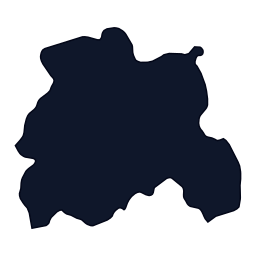 Laoighis, orthographic projection
{"feature_id": "IRL-723", "entity_name": "Laoighis", "entity_type": "County", "adm_level": 1, "iso_a3": "IRL", "parent_name": "Ireland", "parent_adm1": "", "projection": "orthographic", "projection_center": [-7.345, 52.994], "detail": "fine", "context": "isolated", "style": "filled", "palette": "ink", "viewbox_px": 256, "rotation_deg": 0, "n_neighbors": 0, "source": "natural_earth", "source_scale": "10m", "svg_char_len": 2700}
<svg xmlns="http://www.w3.org/2000/svg" viewBox="0 0 256 256"><path d="M240.6,179.0L240.0,185.3L240.3,197.4L240.2,199.2L238.9,206.9L236.9,208.8L233.7,210.6L215.8,216.2L207.9,222.0L205.2,218.7L203.8,215.8L203.2,214.3L201.9,211.6L201.0,210.2L200.0,209.1L198.6,208.2L190.2,206.3L188.5,205.1L187.3,203.7L185.9,201.0L184.2,198.3L183.7,196.8L183.6,194.9L183.8,190.9L183.5,189.1L183.0,187.7L182.1,186.5L172.5,178.6L171.2,177.7L169.2,177.6L166.7,178.3L154.3,187.6L153.9,189.1L153.2,192.6L152.4,194.2L151.0,195.1L149.1,195.5L146.0,194.7L141.0,192.2L139.3,191.9L137.2,192.4L134.9,193.6L131.6,196.4L130.0,198.4L128.8,200.1L127.3,203.0L125.6,207.7L124.9,209.0L124.0,209.7L122.4,208.5L120.8,207.8L118.7,207.9L115.5,210.4L113.9,212.3L112.8,214.3L112.3,215.9L110.4,217.9L107.2,220.0L92.9,225.7L90.8,225.6L87.3,224.3L85.5,223.1L81.9,219.9L80.7,219.3L76.7,218.1L71.1,215.2L66.6,213.9L64.5,212.5L63.0,211.1L62.0,210.0L59.8,210.2L56.9,211.8L51.2,217.4L49.6,220.4L48.9,222.9L47.6,224.4L46.0,225.5L32.0,228.2L29.3,212.9L27.3,207.9L24.8,205.1L23.1,202.8L20.4,198.5L19.6,195.7L19.5,193.5L20.9,188.5L21.2,183.0L21.7,180.0L22.5,177.8L25.6,171.9L26.4,170.7L28.6,168.6L33.6,164.9L34.7,163.5L35.6,161.6L35.4,159.9L34.4,158.9L32.8,158.3L25.2,157.0L23.6,156.3L21.1,154.6L20.0,153.5L18.3,151.0L15.4,145.6L20.0,140.4L22.4,137.2L23.2,135.8L23.7,134.1L24.1,132.4L24.8,125.4L26.4,119.0L27.7,115.9L28.6,114.5L29.5,113.4L34.1,109.6L35.2,108.4L36.1,107.2L36.8,105.7L37.9,102.3L38.6,100.9L39.5,99.6L40.7,98.4L47.7,93.1L49.9,90.8L50.6,89.2L51.1,87.6L51.8,86.1L53.4,83.3L53.9,81.8L54.1,80.2L53.6,78.8L52.9,77.8L50.9,75.6L43.0,64.0L41.6,61.2L41.1,59.7L40.7,58.1L40.6,56.3L40.9,54.5L41.3,52.8L42.0,51.2L42.9,49.9L44.9,48.6L82.3,36.9L84.7,36.8L88.0,37.2L97.3,39.8L99.7,39.9L101.0,38.5L101.7,37.0L102.1,34.4L102.5,33.0L103.2,31.7L104.1,30.5L107.0,28.9L114.2,27.8L116.3,28.0L118.8,28.6L122.6,30.9L124.5,32.6L125.8,34.3L132.0,44.9L132.4,46.6L132.7,52.4L133.1,54.2L133.6,55.8L134.9,58.7L135.6,60.1L137.5,61.3L140.5,62.4L147.7,62.3L152.6,61.2L161.5,56.6L163.9,54.8L169.2,53.5L181.6,53.9L184.8,54.8L188.9,53.6L194.6,46.9L200.1,47.2L201.5,48.2L202.9,50.2L203.1,52.1L202.7,53.8L201.7,54.9L200.4,55.4L199.0,55.4L197.6,55.6L196.6,56.8L195.9,58.2L195.0,61.3L195.0,63.1L195.2,64.3L197.0,66.2L201.0,73.4L205.1,84.6L206.5,91.1L207.5,98.9L207.5,104.9L207.2,106.0L206.5,107.7L205.6,109.0L200.7,114.9L199.7,116.5L199.0,118.8L198.6,123.1L199.1,126.1L200.0,128.2L200.9,129.6L201.9,130.7L203.6,133.2L204.4,134.6L205.3,135.8L206.6,136.7L208.2,137.2L211.9,138.0L214.9,139.3L216.2,140.1L217.5,140.6L220.2,140.0L223.4,138.7L225.9,140.5L229.2,144.7L238.1,162.2L239.6,166.0L240.5,171.6L240.6,173.4L240.6,179.0Z" fill="#0f172a" stroke="#020617" stroke-width="1.5"/></svg>